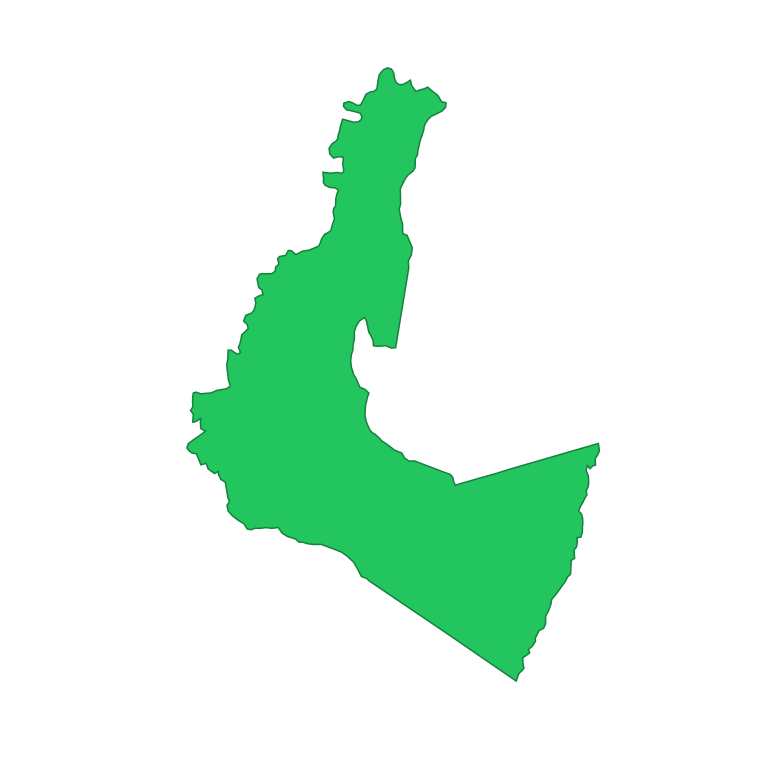 outline of Pires do Rio, Goiás, Brazil, rotated 172°
{"feature_id": "56859067B52460310339831", "entity_name": "Pires do Rio", "entity_type": "district", "adm_level": 2, "iso_a3": "BRA", "parent_name": "Brazil", "parent_adm1": "Goiás", "projection": "mercator", "projection_center": [-48.385, -17.309], "detail": "fine", "context": "isolated", "style": "filled", "palette": "green", "viewbox_px": 768, "rotation_deg": 172, "n_neighbors": 0, "source": "geoboundaries", "source_scale": "gbopen_adm2", "svg_char_len": 4302}
<svg xmlns="http://www.w3.org/2000/svg" viewBox="0 0 768 768"><g transform="rotate(172 384 384)"><path d="M315.6,681.2L319.5,679.4L324.0,677.9L327.5,678.5L330.0,680.9L331.0,685.0L331.2,691.3L332.8,694.8L336.6,696.6L340.7,695.3L343.6,693.0L345.7,690.8L347.4,686.3L350.0,677.2L353.1,675.2L356.7,675.2L361.6,673.4L364.9,668.1L368.4,663.6L371.6,663.5L375.6,666.5L379.2,668.6L384.6,667.8L385.5,664.6L382.9,660.7L376.1,658.2L370.1,655.6L368.6,651.9L370.1,648.7L373.3,647.1L377.9,647.6L388.1,652.0L391.0,645.9L393.2,639.9L394.7,636.9L395.6,633.7L397.3,631.4L401.7,629.4L405.6,625.1L405.7,619.4L402.6,614.8L396.5,615.4L392.7,614.0L394.2,607.8L394.2,600.4L396.4,598.4L400.3,599.9L407.7,600.2L415.0,602.2L415.3,595.4L416.0,592.2L414.7,589.1L410.4,586.2L405.2,585.0L402.1,582.3L404.3,578.5L406.1,573.7L407.1,567.1L409.5,564.8L410.4,561.2L410.1,554.5L413.0,548.8L415.3,543.4L418.4,541.7L421.9,540.6L425.7,536.2L427.2,533.1L429.3,529.7L436.4,527.8L439.7,527.0L446.4,526.9L449.7,525.5L453.4,524.6L456.9,528.8L460.1,529.6L463.4,525.1L469.7,524.8L471.9,523.0L471.4,517.3L474.9,515.1L476.3,510.7L479.5,508.9L485.7,509.6L489.4,510.3L492.2,509.9L495.1,505.7L494.6,496.9L491.8,494.2L491.4,489.4L495.6,488.6L499.9,486.9L499.7,481.7L501.2,477.8L502.8,474.7L505.3,472.7L511.2,471.3L514.3,465.8L511.2,462.0L510.8,457.9L514.5,455.0L518.0,452.6L519.3,448.6L521.0,444.1L523.1,440.6L521.7,435.1L525.0,433.9L528.2,436.5L530.3,438.7L533.7,439.2L534.7,433.2L535.6,429.3L536.9,425.5L537.3,420.8L537.3,415.2L537.6,410.5L536.5,403.5L540.3,401.3L545.3,401.1L550.7,400.9L554.6,399.7L557.3,399.2L561.6,399.6L566.6,399.7L571.2,402.1L574.1,401.6L575.2,397.9L576.1,392.7L576.2,388.5L579.3,384.5L577.0,380.9L578.7,372.8L575.6,373.0L570.4,375.3L571.2,371.1L571.7,365.4L567.4,362.1L575.3,357.8L581.4,354.8L586.1,352.2L588.0,348.1L586.6,345.2L583.7,342.3L579.5,341.1L576.5,329.4L571.2,330.2L569.9,324.3L564.3,318.9L560.5,320.5L560.5,317.1L558.7,312.1L554.8,308.8L554.4,293.3L553.4,289.1L556.4,285.6L555.9,279.7L552.4,274.5L547.2,269.2L542.2,265.2L539.6,259.4L535.9,258.2L531.4,259.1L527.0,258.3L520.7,258.2L515.4,256.7L512.0,256.6L508.7,256.6L505.6,250.4L500.9,246.5L493.1,242.8L490.3,239.3L486.1,238.5L482.3,236.6L476.5,235.0L468.4,233.9L463.3,231.1L457.2,227.8L449.6,223.5L444.4,218.6L438.7,211.5L435.6,203.6L433.1,196.4L428.4,194.0L425.3,190.3L416.5,182.4L384.7,153.7L367.7,138.4L358.1,129.7L294.4,71.4L292.3,75.7L290.5,78.8L287.9,80.4L285.0,83.0L285.3,89.0L284.5,93.7L280.4,95.7L277.1,97.4L277.9,101.0L273.5,103.8L269.7,108.3L269.6,111.3L264.7,118.3L260.0,119.8L257.4,123.9L256.2,131.7L252.8,136.2L249.4,142.6L247.9,147.4L241.7,153.0L237.2,157.8L231.9,163.2L229.1,167.4L225.8,169.5L223.1,183.2L219.5,184.9L218.9,193.1L216.2,195.6L214.5,200.5L214.3,204.9L210.4,204.9L208.3,209.2L207.3,215.2L206.4,218.9L206.0,223.7L206.6,228.0L208.9,231.3L206.0,236.1L203.2,239.5L201.4,242.4L198.6,245.9L198.5,250.2L195.9,254.2L195.0,258.3L194.4,264.2L195.9,270.4L194.0,274.9L191.8,271.4L188.8,273.8L185.8,274.3L185.5,278.0L185.0,281.2L182.5,283.7L180.0,287.7L180.0,295.3L271.7,282.1L284.2,280.0L303.3,277.4L327.4,273.9L328.6,277.5L328.9,282.0L331.0,285.3L337.5,288.7L364.6,303.6L370.1,304.2L374.0,308.0L376.0,313.3L380.0,315.4L382.8,317.1L385.7,320.1L390.8,325.1L394.2,328.1L396.4,331.4L399.7,335.3L402.3,337.4L404.2,340.1L405.4,343.8L406.7,348.7L407.1,353.2L407.1,356.2L405.3,365.5L403.7,369.2L402.3,373.2L400.2,377.0L403.4,381.2L408.4,384.2L409.5,388.5L410.9,393.3L412.8,397.8L413.3,401.6L413.9,404.7L413.8,411.2L413.0,414.7L411.9,418.4L410.1,421.8L409.3,426.9L407.5,431.4L406.8,434.2L406.1,439.8L403.6,445.1L399.6,449.8L394.2,452.5L392.6,449.1L392.4,445.6L391.8,437.3L390.5,434.4L388.7,428.6L389.1,423.3L385.4,422.3L380.5,421.8L377.2,421.8L371.5,418.5L367.4,418.4L343.3,495.6L342.8,502.5L339.0,507.9L337.0,515.0L340.5,528.1L344.5,530.3L343.4,539.8L344.3,547.1L344.6,555.0L342.5,560.1L340.7,575.1L336.4,581.4L333.8,585.0L331.0,587.7L325.6,590.8L323.3,593.5L322.5,596.9L322.2,599.9L321.5,603.1L319.0,606.2L318.0,610.3L315.0,618.3L313.7,621.2L311.8,624.7L309.2,630.3L308.5,633.2L306.4,636.7L303.0,640.3L299.9,642.6L296.9,643.4L292.8,644.7L288.5,646.3L284.4,649.5L283.5,654.0L287.4,655.3L288.8,658.0L290.5,662.3L294.6,666.5L299.5,671.9L303.5,670.6L307.3,670.3L311.7,669.3L315.0,675.6L315.6,681.2Z" fill="#22c55e" stroke="#15803d" stroke-width="1.5"/></g></svg>